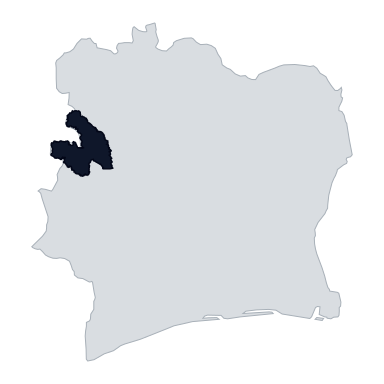 Bafing, Bafing, Ivory Coast (highlighted)
{"feature_id": "98640826B37750272367318", "entity_name": "Bafing", "entity_type": "district", "adm_level": 2, "iso_a3": "CIV", "parent_name": "Ivory Coast", "parent_adm1": "Bafing", "projection": "albers", "projection_center": [-7.651, 8.455], "detail": "fine", "context": "in_parent", "style": "filled", "palette": "ink", "viewbox_px": 384, "rotation_deg": 0, "n_neighbors": 0, "source": "geoboundaries", "source_scale": "gbopen_adm2", "svg_char_len": 8985}
<svg xmlns="http://www.w3.org/2000/svg" viewBox="0 0 384 384"><path d="M64.3,52.9L65.9,52.9L69.9,51.7L73.5,49.0L77.0,43.4L81.5,38.9L86.7,39.2L88.2,38.4L90.1,38.2L92.2,41.2L94.4,43.5L96.0,43.5L97.1,47.8L106.5,49.6L110.6,50.7L114.0,53.9L115.2,53.9L116.6,53.3L117.7,52.2L118.0,51.0L116.5,48.2L117.1,45.6L118.6,43.4L121.1,43.2L124.7,42.6L128.9,42.6L132.1,43.0L133.3,40.7L132.1,34.3L132.4,30.8L132.9,27.9L134.1,26.7L138.7,30.4L143.0,31.7L146.1,31.8L146.9,31.1L145.6,27.1L146.0,25.8L147.1,25.1L149.1,24.7L154.6,23.0L155.1,23.4L156.2,29.7L155.7,31.8L156.9,36.2L158.3,40.2L158.2,41.8L157.0,44.3L155.7,46.6L155.8,47.5L158.0,49.1L162.2,50.7L166.5,51.0L168.9,48.7L171.4,46.8L173.1,45.1L173.7,42.5L176.4,40.7L184.2,38.3L191.4,37.9L193.1,38.7L196.4,42.2L200.5,44.6L206.8,44.2L211.3,45.6L215.3,48.3L218.0,54.3L220.9,58.6L222.2,64.8L226.8,68.0L230.3,69.4L235.2,73.9L240.3,76.1L245.4,75.6L247.9,77.9L251.8,79.5L255.6,79.6L259.0,74.4L263.5,72.3L274.8,68.1L279.3,66.2L283.8,64.9L294.8,64.5L305.0,65.6L310.0,66.5L313.5,65.8L316.8,68.2L320.2,73.3L323.0,74.9L325.9,76.7L328.0,80.7L330.6,84.7L331.9,86.5L335.0,90.4L337.7,90.5L340.2,88.7L341.3,87.4L341.9,90.0L340.9,94.3L341.1,96.9L342.6,97.9L341.8,101.3L338.9,107.2L338.9,110.6L341.9,111.6L344.1,115.2L345.5,121.4L346.8,123.5L346.9,124.7L349.3,139.7L352.2,154.8L350.5,156.8L348.1,157.4L346.6,158.1L346.2,159.5L347.2,161.5L346.6,163.4L343.7,164.8L337.4,169.6L337.0,171.5L335.4,175.7L334.0,178.2L332.0,182.8L328.8,195.1L327.7,205.2L327.6,208.3L326.3,210.5L324.9,213.7L318.1,222.4L314.7,229.6L315.2,232.6L315.4,235.7L314.3,238.0L314.6,244.0L315.5,249.0L316.8,253.9L322.0,267.7L324.7,276.1L326.4,282.9L327.9,287.5L329.3,289.3L329.8,291.1L337.3,292.3L338.8,293.2L340.9,302.1L340.6,306.1L339.2,307.6L339.3,311.0L339.0,315.3L337.9,316.9L333.7,317.2L330.9,318.8L327.1,318.2L326.8,317.2L324.8,316.9L319.2,314.5L320.0,306.8L317.4,306.5L315.5,307.5L311.6,316.8L309.8,318.5L282.1,314.0L276.0,310.2L268.8,309.4L256.3,309.9L245.9,311.2L243.0,313.5L269.1,311.9L271.9,312.2L273.2,313.6L240.2,316.9L227.6,318.8L223.9,318.3L221.1,315.4L207.4,315.1L204.6,316.1L202.9,318.3L208.3,317.8L216.8,317.6L219.1,319.3L192.5,321.6L174.0,325.8L166.2,329.0L140.5,339.2L124.8,344.0L120.6,345.7L113.5,350.7L104.3,353.8L94.0,359.7L87.7,361.0L86.3,359.1L86.1,349.3L85.2,336.1L85.6,331.0L86.4,326.3L86.4,322.4L89.5,320.9L90.4,319.2L90.8,314.1L93.8,309.4L93.8,301.3L94.7,299.6L95.3,297.5L94.1,292.1L92.5,282.1L91.7,281.4L91.0,281.8L89.3,282.0L82.9,278.6L77.9,277.9L74.4,275.0L74.2,271.6L72.5,269.6L71.3,265.7L69.5,261.2L64.6,258.5L60.0,257.8L56.7,258.4L52.9,258.2L48.5,256.7L45.5,255.0L42.6,251.7L39.9,249.1L37.8,249.4L35.2,248.8L32.7,247.6L31.8,246.7L42.5,236.2L46.2,231.1L46.6,228.0L46.6,224.9L47.8,221.6L48.1,216.7L42.2,198.8L40.7,193.2L39.1,191.6L38.1,191.0L41.1,188.7L45.2,189.3L51.5,191.1L52.9,189.3L57.7,180.3L57.5,176.9L57.1,174.6L59.9,168.4L62.1,166.0L63.2,163.4L62.9,159.9L61.2,158.6L59.0,158.8L56.4,158.0L52.4,155.9L50.3,154.1L51.0,146.0L51.3,143.4L52.8,142.0L55.0,141.6L61.2,141.3L66.2,142.3L70.6,142.8L73.0,142.8L74.9,145.2L77.5,147.7L79.7,147.7L80.5,145.9L80.0,137.8L78.5,133.5L75.1,129.4L66.3,125.9L66.1,121.0L67.0,115.6L68.9,113.7L75.4,110.3L74.3,108.5L72.2,106.5L68.1,104.6L69.0,98.2L69.2,92.5L65.8,93.2L62.2,93.5L59.2,91.7L56.6,88.3L56.2,78.8L56.2,67.8L55.7,63.0L56.7,60.4L59.8,58.0L63.1,54.9L64.3,52.9ZM323.6,318.4L322.2,320.5L315.1,319.3L316.8,317.5L323.6,318.4Z" fill="#d9dde1" stroke="#a8b0b8" stroke-width="1"/><path d="M78.5,110.9L77.9,111.3L76.3,110.8L74.6,110.9L74.2,111.0L73.6,111.5L73.1,111.6L72.4,110.9L72.1,111.2L71.9,112.2L71.3,113.0L69.7,113.0L69.3,114.1L67.3,115.7L67.3,116.0L67.8,116.9L67.6,117.6L68.1,118.1L68.1,118.3L67.6,118.7L67.1,119.5L67.7,119.7L68.4,120.5L68.4,120.8L67.4,121.3L67.1,122.7L66.2,122.6L66.1,122.9L66.2,124.1L66.9,125.2L66.9,125.9L67.5,126.1L68.1,126.8L69.4,126.7L69.8,126.1L70.7,125.9L71.2,126.0L71.6,126.8L72.2,126.7L72.8,126.9L73.3,127.7L74.1,127.2L74.7,127.2L75.1,127.3L75.5,126.9L75.8,126.9L76.0,127.1L76.0,127.5L75.3,128.7L75.3,128.9L76.1,129.2L77.7,129.1L77.6,129.4L77.8,130.0L77.6,131.3L78.8,132.8L79.1,133.0L80.3,133.2L81.6,135.0L81.5,135.3L80.5,136.6L80.0,137.6L80.0,138.3L81.9,141.1L82.0,141.5L81.9,142.0L81.9,142.6L81.3,143.3L81.5,144.3L81.3,144.7L81.2,145.1L81.6,145.6L81.9,146.1L82.4,146.6L82.7,147.3L83.3,147.8L82.8,148.0L82.6,147.9L82.2,148.1L82.0,147.8L81.7,147.7L81.3,148.0L80.8,147.7L80.4,148.0L78.8,147.7L78.1,147.9L77.7,147.8L77.1,146.7L77.1,146.3L76.6,145.6L76.6,145.2L76.1,144.5L76.0,144.0L75.6,142.9L74.9,142.5L74.8,142.2L74.1,142.3L73.6,141.7L73.3,141.8L73.2,142.2L73.3,142.5L72.9,142.7L73.3,144.4L72.9,145.1L72.6,145.3L72.0,145.3L70.9,145.5L70.5,145.5L70.4,145.3L70.5,145.0L70.2,144.7L69.8,144.7L69.4,144.5L69.0,144.6L69.1,143.9L68.5,143.9L68.5,143.7L68.6,143.3L69.0,143.2L69.1,142.9L68.6,142.2L68.7,141.9L68.1,141.5L67.7,141.0L67.1,141.3L66.2,141.2L65.5,141.4L65.3,141.9L64.3,141.7L63.8,141.8L63.1,141.5L62.1,141.5L60.9,140.9L60.3,141.3L59.8,141.3L59.3,141.7L59.1,142.1L58.5,142.3L58.2,142.0L57.5,142.1L57.3,141.8L57.1,141.7L56.6,142.1L56.4,142.2L56.2,141.6L55.5,141.6L55.2,141.2L54.4,141.1L54.1,141.2L53.6,142.5L52.8,143.1L51.7,142.9L51.5,143.2L51.3,143.8L51.3,145.5L51.9,146.3L51.8,146.8L52.6,148.5L52.7,149.1L52.2,150.6L52.3,151.1L52.3,151.4L52.6,151.9L52.5,152.8L52.2,153.2L51.5,153.6L51.0,154.7L51.2,155.4L52.9,156.1L53.8,156.7L54.7,157.9L56.1,158.2L57.6,157.8L58.5,158.2L59.1,158.2L59.7,158.6L60.5,159.4L61.2,159.5L61.4,159.4L61.3,158.7L61.6,158.3L61.9,158.1L62.7,158.4L62.5,157.7L62.5,157.3L62.8,157.1L63.3,158.1L63.7,158.2L64.0,158.0L64.5,157.5L64.9,157.3L65.2,157.6L64.6,158.8L64.4,160.3L64.6,161.2L64.3,161.5L63.9,161.6L63.6,162.0L63.6,162.4L63.9,162.8L64.6,162.8L65.4,163.3L66.3,164.9L67.2,165.5L67.1,165.8L67.3,166.7L67.7,167.0L68.3,166.8L68.3,167.0L68.6,167.0L68.8,167.3L69.7,166.9L69.7,166.4L70.0,166.6L70.4,166.4L70.4,166.5L71.3,166.6L71.4,166.8L71.4,167.6L71.7,167.8L71.5,168.3L71.8,168.4L72.0,168.9L71.7,169.2L71.8,170.0L72.0,170.0L72.2,169.8L72.6,170.1L73.1,170.0L73.5,170.7L73.9,170.9L74.2,170.7L74.4,171.1L74.2,172.0L74.5,172.0L75.0,172.3L75.2,172.5L75.2,172.9L75.6,173.1L75.8,173.4L76.1,173.6L77.5,173.9L78.0,173.7L78.3,173.9L79.0,173.6L79.3,174.0L79.0,174.2L79.3,174.7L79.5,174.9L80.1,174.7L80.0,175.2L80.3,175.6L80.6,175.8L81.2,175.3L82.0,176.1L82.4,175.8L82.8,176.1L83.1,176.0L83.5,175.6L84.0,175.6L84.2,175.3L84.0,175.1L84.0,174.8L84.4,174.4L85.1,174.6L85.3,174.2L85.6,174.5L85.5,174.8L85.7,175.0L86.2,175.1L86.5,175.0L86.8,174.7L87.2,174.6L87.1,174.4L87.7,175.0L87.9,174.6L88.4,174.6L88.7,174.2L88.9,173.8L88.7,173.7L89.1,173.3L89.2,172.7L88.8,172.5L88.7,172.2L89.1,171.9L89.6,171.9L89.6,171.7L89.3,171.2L88.9,171.1L88.7,170.9L89.1,169.7L89.0,169.4L89.1,169.1L89.0,168.9L89.0,168.1L89.2,167.9L89.3,167.4L89.3,167.0L89.2,166.7L89.4,166.5L89.5,166.1L89.5,165.6L89.2,165.4L89.2,165.1L88.8,164.7L88.9,164.3L88.8,163.8L89.0,163.4L90.0,162.6L90.4,162.1L90.6,161.4L90.6,161.0L91.3,159.9L92.2,159.5L93.1,159.5L93.3,159.4L93.6,160.1L93.5,160.4L93.7,160.5L93.8,160.9L94.8,161.1L95.3,161.3L95.6,161.7L97.3,162.6L97.9,163.0L98.7,163.3L99.5,164.0L99.7,163.9L99.8,164.1L100.7,164.3L101.2,165.2L101.9,165.8L102.1,166.3L102.7,167.1L102.8,168.1L102.8,168.3L103.1,168.3L103.0,168.5L103.2,168.8L110.0,168.8L112.7,168.2L112.5,167.5L111.7,166.8L111.6,166.4L112.0,165.9L112.0,165.7L111.8,165.2L111.3,165.2L111.1,164.0L110.7,163.3L111.0,163.0L111.8,162.5L112.1,161.9L111.3,160.6L110.8,160.1L110.6,159.9L110.8,158.9L111.4,158.8L111.7,158.4L111.6,158.1L111.1,157.9L111.0,157.3L110.5,156.6L110.2,156.3L110.2,156.0L109.7,155.7L109.2,155.2L109.3,155.0L110.3,154.5L110.5,154.2L110.1,152.4L109.1,151.8L109.2,151.5L109.5,151.3L110.0,151.4L110.9,151.1L111.1,151.0L111.1,150.5L110.8,150.3L110.3,149.7L109.6,149.4L109.4,149.1L108.9,149.2L108.7,149.0L108.8,148.3L109.4,148.0L109.3,147.7L108.7,147.5L108.4,147.3L108.3,146.6L108.6,146.0L108.4,145.5L108.3,145.0L108.1,144.8L107.6,144.6L108.0,144.5L107.9,143.7L107.4,143.5L107.2,143.0L107.4,142.8L107.9,142.5L107.7,141.5L107.8,141.1L107.4,141.0L106.8,140.5L105.6,140.2L105.3,139.9L105.0,139.2L105.0,138.6L104.4,138.2L104.7,137.8L104.8,137.5L104.6,137.1L104.2,136.8L104.1,136.3L103.9,136.1L103.8,135.4L104.1,135.2L103.8,134.8L103.7,134.4L103.1,134.0L102.9,133.4L102.7,133.1L102.4,133.0L102.1,132.5L101.8,132.4L101.5,132.0L100.7,131.8L100.0,131.5L99.9,131.7L99.6,131.7L99.3,131.8L99.2,131.7L98.4,131.7L98.1,131.2L97.9,131.3L97.9,131.5L97.3,131.6L97.0,131.4L96.9,131.0L97.2,130.9L96.8,130.4L97.1,130.0L96.8,129.7L96.6,129.7L96.3,129.2L96.2,128.8L96.0,128.7L95.9,128.3L95.4,128.3L95.2,128.5L95.0,128.1L95.5,127.8L95.4,127.6L94.4,127.3L94.1,127.5L93.8,127.1L92.5,126.3L91.6,125.0L89.8,123.4L89.5,123.2L89.4,123.4L89.2,123.2L88.3,122.9L88.2,122.8L88.2,122.6L87.8,122.4L87.5,121.5L87.6,120.9L86.6,119.9L86.9,119.7L87.0,119.5L86.7,119.2L86.3,119.1L86.3,118.4L86.0,118.3L85.7,118.3L84.1,117.1L82.7,116.7L82.5,116.3L82.2,116.4L81.8,116.6L80.8,116.3L80.5,115.6L80.5,114.3L80.2,113.3L80.2,112.4L79.7,111.6L79.0,111.1L78.5,110.9Z" fill="#0f172a" stroke="#020617" stroke-width="1.5"/></svg>